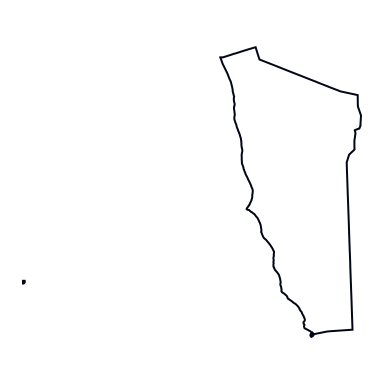 outline of At Tuhayta, Al Hudaydah, Yemen
{"feature_id": "15242507B5379899577344", "entity_name": "At Tuhayta", "entity_type": "district", "adm_level": 2, "iso_a3": "YEM", "parent_name": "Yemen", "parent_adm1": "Al Hudaydah", "projection": "equal_earth", "projection_center": [43.15, 14.086], "detail": "fine", "context": "isolated", "style": "outline", "palette": "ink", "viewbox_px": 384, "rotation_deg": 0, "n_neighbors": 0, "source": "geoboundaries", "source_scale": "gbopen_adm2", "svg_char_len": 4958}
<svg xmlns="http://www.w3.org/2000/svg" viewBox="0 0 384 384"><path d="M352.5,329.7L351.7,305.9L351.6,302.8L350.3,267.3L350.2,262.5L349.9,254.1L349.7,249.8L349.1,232.5L348.8,223.0L348.0,200.6L347.8,195.4L347.0,172.1L346.7,162.5L349.1,154.7L352.2,151.7L352.5,151.5L354.5,149.5L354.4,144.6L354.4,140.6L355.5,133.3L354.8,130.2L355.0,130.1L355.5,129.9L356.4,129.6L356.9,129.4L357.0,129.3L359.2,128.4L359.3,128.5L359.4,128.4L360.5,125.6L360.4,125.5L361.0,115.5L357.9,106.5L357.8,103.5L357.7,95.1L350.8,93.6L348.5,93.1L340.5,91.4L338.3,90.5L331.2,87.8L318.5,82.8L317.8,82.5L315.9,81.7L313.3,80.7L302.1,76.3L289.1,71.2L279.3,67.3L259.5,59.5L258.4,56.2L255.6,47.2L248.5,49.3L245.7,50.2L245.3,50.3L240.8,51.7L239.7,52.1L236.4,53.1L235.0,53.6L234.8,53.6L233.4,54.0L231.0,54.8L229.3,55.3L228.2,55.7L225.0,56.7L223.8,57.1L223.1,57.3L221.6,57.3L220.3,57.4L221.6,60.8L222.6,63.7L225.3,69.2L227.5,73.7L229.6,79.2L230.7,81.4L232.2,87.3L232.7,90.1L232.7,91.5L233.1,92.7L233.6,94.8L234.1,96.5L233.8,98.3L233.9,100.6L234.0,101.4L234.4,102.8L234.7,104.0L234.5,105.8L234.1,106.3L234.0,108.8L234.4,111.3L234.8,115.1L234.4,116.6L234.3,119.0L234.9,121.0L235.5,122.8L236.2,124.5L236.3,124.9L236.4,125.1L236.7,126.7L236.9,127.4L238.0,129.9L238.0,130.5L239.1,132.7L239.1,133.2L239.7,134.3L240.0,135.7L240.3,136.7L240.6,137.6L240.8,138.1L241.0,139.9L241.4,141.2L241.2,141.9L241.4,142.9L241.5,143.4L241.4,144.0L241.4,144.8L241.6,146.2L241.6,146.8L241.9,147.8L241.9,148.5L242.2,149.0L242.3,151.3L242.1,152.3L241.9,153.2L241.8,153.8L241.6,155.1L241.7,156.6L241.8,157.7L241.7,159.1L241.9,161.9L241.9,163.3L242.2,164.3L242.4,164.6L243.4,167.5L243.5,167.8L243.6,168.8L243.7,169.2L243.8,169.5L244.1,169.9L244.3,170.7L244.6,171.6L245.1,172.4L245.4,173.5L245.5,173.9L246.4,175.7L247.3,177.4L248.0,179.0L248.1,179.5L248.7,180.4L249.5,182.1L249.9,182.8L250.0,183.3L250.5,184.2L250.8,184.9L251.2,185.7L251.3,186.6L252.2,188.4L252.6,189.8L252.8,190.9L252.7,192.1L252.5,193.5L252.4,194.7L252.2,195.1L252.3,196.2L252.3,196.8L252.1,197.8L251.9,198.9L251.6,199.5L251.4,200.6L251.0,201.2L250.9,201.5L250.4,202.5L250.1,203.3L249.8,203.8L249.6,204.6L249.2,205.2L248.9,205.3L248.7,205.8L248.1,206.7L246.8,208.4L246.6,208.9L247.0,209.4L247.2,209.6L247.6,209.7L248.1,209.9L249.2,210.1L250.3,211.3L250.7,211.5L251.3,212.0L251.8,212.1L252.6,212.9L254.2,214.0L254.7,214.4L255.2,215.2L256.2,216.5L256.4,216.8L257.4,217.8L258.3,219.5L259.0,221.1L259.9,222.9L260.0,223.5L260.6,224.8L260.7,225.9L260.9,226.5L261.1,228.2L261.4,229.9L261.4,231.4L261.1,231.9L261.7,233.1L262.3,234.8L262.8,236.0L263.3,237.0L263.9,238.0L264.5,238.5L264.9,238.9L265.9,239.7L267.2,241.2L268.6,242.9L269.9,244.5L271.2,246.5L272.0,247.7L272.7,248.9L273.2,250.1L274.0,251.6L274.0,252.5L273.9,253.6L273.7,254.5L273.7,254.9L273.9,255.5L273.8,256.2L273.6,256.9L273.4,257.8L273.5,258.8L273.6,259.9L273.7,260.4L273.7,261.1L273.4,261.7L273.4,262.3L273.7,263.4L273.4,264.3L273.5,266.8L274.0,267.3L273.9,267.6L275.2,270.2L275.7,270.7L277.1,272.3L278.7,274.5L279.0,275.2L279.2,275.7L279.8,277.9L280.1,278.6L280.1,279.2L280.4,280.4L280.6,281.8L280.6,283.1L280.4,283.5L280.3,284.2L280.6,285.8L280.9,286.2L281.2,287.3L281.3,288.5L281.6,289.4L281.5,290.3L281.4,290.9L281.5,291.1L281.5,291.3L281.9,292.1L282.1,292.3L282.3,292.4L282.7,292.6L282.9,292.8L283.3,293.0L284.0,293.5L284.8,294.2L285.2,294.5L285.6,294.9L286.4,295.5L287.2,296.6L287.2,296.9L287.3,297.2L287.6,297.8L287.8,298.5L288.2,298.8L288.4,298.9L288.5,299.0L288.9,299.1L289.3,299.5L289.5,299.7L290.9,300.6L292.5,301.8L292.8,302.2L293.3,302.5L294.1,303.1L295.0,303.6L295.8,304.2L296.2,304.5L297.4,305.8L298.3,306.8L299.1,308.0L299.4,308.4L299.6,308.9L299.7,309.1L299.6,309.3L300.3,310.4L300.4,310.7L300.8,311.0L300.9,311.3L301.2,311.5L301.8,312.4L302.0,313.1L302.2,313.7L302.3,313.9L303.3,315.7L303.5,315.9L304.2,317.7L304.6,318.5L304.8,319.1L304.8,320.2L304.7,320.7L304.5,321.0L304.1,321.5L303.7,321.9L303.7,322.2L303.6,322.4L303.5,322.5L303.5,322.9L303.6,323.2L303.6,323.3L303.7,323.8L304.0,324.0L304.3,324.4L304.5,324.8L304.5,325.0L304.3,325.3L304.1,325.8L304.0,326.0L304.0,326.3L304.2,327.3L304.4,328.0L305.0,328.5L305.4,328.7L305.6,328.7L305.8,328.9L306.0,329.0L306.9,329.4L308.3,330.2L309.6,330.9L310.6,331.5L311.3,332.2L311.4,332.4L311.5,332.6L310.5,334.7L310.4,335.2L310.4,335.6L310.6,336.0L311.3,336.9L311.5,336.8L310.9,336.1L310.7,335.6L310.6,335.3L310.6,335.0L310.7,334.7L311.0,333.9L311.5,332.9L311.7,332.5L311.8,332.4L312.1,332.6L312.1,332.8L312.3,332.9L311.9,333.6L312.0,333.7L312.5,332.7L312.8,333.0L313.7,333.8L313.7,334.0L313.2,335.4L313.1,335.5L313.0,335.4L312.7,335.5L312.5,335.4L312.3,335.3L312.2,335.7L311.9,335.5L312.2,335.9L312.8,335.9L313.0,335.9L313.2,335.7L313.4,335.4L313.5,334.9L313.7,334.3L314.1,334.2L315.9,333.8L316.7,333.6L318.7,333.2L319.8,333.0L322.6,332.4L323.5,332.2L323.8,332.2L327.2,331.5L330.7,331.2L352.5,329.7ZM24.1,283.2L24.7,282.4L24.7,280.8L23.0,280.8L23.0,282.5L23.0,283.5L23.5,283.5L24.1,283.2Z" fill="none" stroke="#020617" stroke-width="2"/></svg>